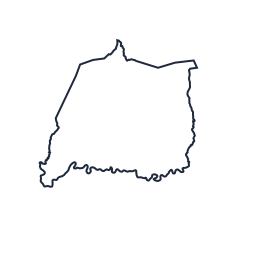 San Francisco de Becerra, Olancho, Honduras, rotated 207°
{"feature_id": "27666195B71120455883268", "entity_name": "San Francisco de Becerra", "entity_type": "district", "adm_level": 2, "iso_a3": "HND", "parent_name": "Honduras", "parent_adm1": "Olancho", "projection": "albers", "projection_center": [-86.058, 14.62], "detail": "fine", "context": "isolated", "style": "outline", "palette": "slate", "viewbox_px": 256, "rotation_deg": 207, "n_neighbors": 0, "source": "geoboundaries", "source_scale": "gbopen_adm2", "svg_char_len": 5659}
<svg xmlns="http://www.w3.org/2000/svg" viewBox="0 0 256 256"><g transform="rotate(207 128 128)"><path d="M177.4,201.3L176.7,200.3L175.6,198.0L175.5,197.2L175.3,195.5L174.8,192.9L175.2,192.3L175.9,190.3L176.1,189.6L176.3,187.9L177.0,185.6L177.7,185.2L178.6,185.1L180.7,179.2L190.0,172.8L199.5,162.8L198.1,150.9L197.3,121.4L196.8,104.1L196.1,102.9L195.1,101.7L194.5,101.1L193.3,100.3L193.0,99.7L192.6,98.6L192.3,98.0L191.9,97.8L190.4,97.4L190.1,97.1L189.8,96.7L189.8,96.3L190.1,95.0L190.2,93.7L191.2,91.2L191.2,89.9L191.2,89.6L191.4,89.1L192.4,88.3L192.6,87.9L192.6,84.6L192.5,84.2L192.0,83.8L191.7,83.1L191.6,82.8L191.9,81.7L191.9,81.3L191.2,80.0L190.4,78.9L190.2,77.1L189.4,75.0L189.2,74.4L188.7,73.7L188.4,73.1L187.9,72.6L187.5,72.0L187.3,71.6L187.3,70.6L186.4,70.7L186.4,69.7L186.0,69.3L185.9,69.0L186.1,67.7L185.4,66.8L185.7,66.1L185.2,65.0L185.3,64.9L185.8,64.9L186.0,64.8L185.9,64.1L185.5,63.6L185.6,63.4L185.8,63.3L185.9,63.0L185.7,62.3L185.8,62.2L186.4,62.3L186.5,62.0L186.4,61.7L186.5,61.3L186.4,60.7L186.1,60.1L185.1,59.2L185.1,58.9L185.2,58.7L185.7,58.3L186.6,57.9L188.0,57.5L188.3,57.5L188.6,57.8L189.1,58.1L189.8,58.1L190.4,57.8L190.9,57.2L190.9,56.8L190.4,56.6L189.9,56.1L189.6,55.6L189.3,54.6L188.9,53.6L188.2,52.9L187.5,52.3L186.3,51.9L184.0,51.6L182.4,51.0L181.9,50.5L181.6,49.8L181.7,48.8L182.3,47.9L184.0,46.1L184.0,45.8L183.9,45.4L182.5,43.4L181.9,41.5L181.5,40.9L180.6,40.3L178.3,39.5L177.7,39.2L177.1,38.5L176.4,38.1L175.9,38.0L175.5,38.2L173.1,39.9L172.2,40.2L171.2,40.2L170.7,40.3L170.0,40.7L169.1,41.5L169.2,42.3L169.6,43.6L171.3,46.6L171.4,46.9L171.3,47.5L171.1,47.9L170.6,48.3L168.2,49.2L167.7,50.1L167.8,51.6L167.4,52.4L166.9,53.2L164.7,55.3L163.7,56.9L163.1,59.5L162.5,61.0L162.0,62.8L162.0,63.6L162.4,66.0L162.3,68.9L161.5,71.4L160.8,72.5L160.2,73.1L159.8,73.3L159.3,73.3L158.8,73.0L158.4,72.6L158.2,72.0L158.0,70.9L158.3,69.4L158.3,68.4L158.2,68.0L157.9,67.8L157.6,67.7L157.3,67.7L156.6,68.0L156.2,68.2L155.7,68.8L155.4,69.4L155.1,69.6L154.5,69.8L152.8,70.1L152.2,70.5L151.3,71.0L150.7,71.5L150.1,72.1L149.8,72.5L149.3,74.9L149.0,75.5L148.4,76.1L148.1,76.2L147.6,76.1L147.1,76.0L146.7,75.7L146.2,75.0L145.9,73.5L145.8,71.8L145.7,71.2L145.5,70.8L144.8,70.1L144.0,69.6L143.4,69.5L142.8,69.5L142.3,69.8L141.7,70.7L141.4,72.2L141.6,72.8L142.8,74.1L143.1,74.6L143.1,75.0L143.0,75.5L142.8,76.0L142.5,76.4L141.3,77.1L140.7,77.1L139.3,77.2L137.4,76.7L136.0,76.9L135.3,77.7L134.8,78.2L134.2,78.5L133.6,78.7L133.0,78.6L131.5,78.2L130.9,78.3L130.4,78.5L129.9,78.8L128.9,80.6L128.3,81.4L127.9,81.5L126.5,81.6L126.0,81.8L125.7,82.1L125.5,82.5L125.3,83.0L125.6,84.8L125.5,85.2L124.8,85.2L123.8,84.5L123.3,83.7L122.8,82.2L122.4,81.7L121.6,81.4L120.6,81.6L120.2,81.8L119.9,82.0L119.4,83.0L119.4,83.8L119.5,85.1L119.3,85.9L119.0,86.3L118.5,86.5L117.8,86.4L115.7,85.8L114.7,85.9L114.0,86.1L113.4,86.5L112.7,88.1L112.3,88.5L112.0,88.6L110.3,88.6L108.8,88.8L108.3,89.1L107.3,90.2L105.5,90.9L105.1,91.2L104.2,91.6L102.6,93.5L102.1,93.8L101.6,93.7L101.1,93.4L100.8,92.8L100.7,92.4L100.0,91.7L99.9,91.2L99.6,90.8L99.1,90.2L98.6,89.6L97.3,88.6L96.7,88.6L96.0,88.8L94.6,89.7L94.0,90.0L92.1,90.3L90.7,90.7L90.3,90.9L90.0,91.5L89.7,91.7L89.3,91.7L88.8,91.5L88.4,90.9L87.7,90.4L87.0,90.3L86.3,90.3L85.8,90.6L85.5,90.9L85.2,92.8L84.4,94.9L84.5,95.5L85.0,96.9L84.9,97.2L84.6,97.7L84.3,98.1L83.5,98.7L83.1,98.9L81.6,99.1L80.8,99.0L80.3,98.8L80.0,98.3L80.0,97.5L80.1,96.7L80.9,95.6L81.8,94.6L81.9,94.2L81.0,93.7L80.0,93.7L78.8,93.9L77.5,94.3L77.2,94.5L76.0,95.8L75.7,96.7L75.7,97.2L75.9,97.7L76.8,98.9L77.1,99.4L77.2,100.2L77.1,100.9L76.7,101.3L76.2,101.6L74.4,101.2L73.6,101.3L72.9,101.6L72.4,102.2L72.2,102.7L72.0,104.4L71.3,105.9L71.5,107.6L71.4,108.1L70.9,109.7L70.6,110.2L70.4,110.4L70.1,110.4L69.6,110.2L68.1,108.7L67.5,108.2L67.2,108.1L66.5,108.3L66.0,108.5L65.8,108.9L66.2,111.6L66.2,112.2L65.8,112.9L65.1,113.5L64.8,113.6L64.3,113.6L61.0,112.9L60.2,113.1L59.3,113.6L58.9,114.1L59.0,114.7L59.3,115.1L59.8,115.6L60.8,116.3L60.9,116.8L60.8,117.3L60.6,117.5L59.0,118.4L58.2,119.1L56.8,121.0L56.5,121.6L56.7,122.3L57.1,123.1L57.7,123.7L58.0,125.4L59.3,125.4L59.7,126.7L60.2,127.2L61.0,128.2L61.6,128.6L62.2,129.1L63.1,129.6L63.5,130.0L63.9,130.1L64.3,130.8L64.4,131.3L64.2,132.1L64.2,132.6L63.9,132.8L63.8,133.1L64.5,134.6L64.7,136.3L64.7,138.2L64.5,139.2L63.9,140.3L64.3,141.2L63.9,141.8L63.3,142.0L63.1,142.3L63.3,143.4L63.3,144.0L63.6,145.2L63.4,145.6L63.1,145.8L63.0,146.3L63.4,146.9L65.0,148.5L65.1,149.0L65.1,150.1L65.0,151.2L65.1,151.7L65.8,152.2L66.7,153.4L67.8,153.9L68.7,154.6L69.9,155.2L70.2,155.5L70.4,156.3L69.9,157.6L69.9,158.6L70.1,158.8L71.0,159.1L71.1,159.6L71.1,160.5L71.2,161.2L73.0,163.3L73.1,163.6L72.0,164.1L71.9,164.3L72.1,164.9L72.5,165.3L73.8,165.6L74.1,165.8L75.1,167.8L76.2,169.4L76.7,170.6L77.3,171.7L77.7,172.1L78.4,172.3L79.1,172.8L81.0,175.1L81.6,175.4L82.2,175.6L82.4,175.8L83.4,177.2L84.4,177.9L84.9,178.5L85.5,179.9L86.4,181.3L86.7,182.4L89.5,184.1L90.1,184.7L90.7,185.8L91.0,186.7L91.2,187.5L91.1,190.8L91.3,192.6L92.3,194.3L93.5,196.7L96.1,199.6L96.3,200.1L97.2,203.5L98.7,205.7L98.9,206.0L99.6,206.6L99.9,207.4L99.5,208.6L99.6,209.0L93.9,213.0L100.1,218.0L115.7,207.6L128.6,195.3L150.8,191.5L151.7,191.4L152.8,191.6L154.2,191.1L155.9,190.9L156.5,190.5L157.6,189.3L158.6,189.0L159.1,187.8L159.4,187.6L160.5,188.1L161.4,188.9L161.8,189.1L162.0,189.5L162.1,189.9L162.4,190.2L162.8,190.4L164.2,190.5L165.0,191.0L165.1,191.3L165.4,192.6L166.3,193.4L166.6,193.8L167.1,195.6L167.6,196.5L168.2,196.9L168.9,197.0L169.2,197.2L170.2,198.4L170.5,198.4L171.4,197.8L171.6,197.9L172.1,198.8L172.5,200.3L173.0,200.9L173.6,201.1L174.8,201.2L175.7,201.7L176.3,201.6L177.4,201.3Z" fill="none" stroke="#1e293b" stroke-width="2"/></g></svg>